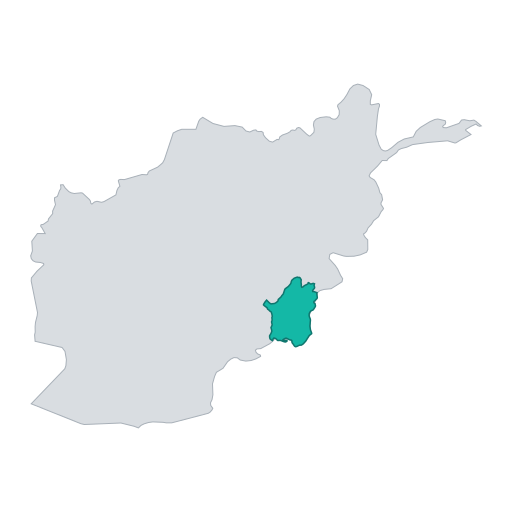 Paktika on a map of Afghanistan (Albers equal-area conic projection)
{"feature_id": "AFG-1759", "entity_name": "Paktika", "entity_type": "Province", "adm_level": 1, "iso_a3": "AFG", "parent_name": "Afghanistan", "parent_adm1": "", "projection": "albers", "projection_center": [68.71, 32.511], "detail": "fine", "context": "in_parent", "style": "filled", "palette": "teal", "viewbox_px": 512, "rotation_deg": 0, "n_neighbors": 0, "source": "natural_earth", "source_scale": "10m", "svg_char_len": 6559}
<svg xmlns="http://www.w3.org/2000/svg" viewBox="0 0 512 512"><path d="M224.0,126.4L234.9,125.6L242.2,127.1L246.0,131.0L249.8,132.0L253.6,130.2L255.9,129.9L256.8,131.1L258.6,131.6L261.5,131.4L263.1,132.5L263.4,134.8L265.5,137.7L269.3,141.2L272.6,142.1L277.1,139.4L278.6,139.7L279.3,138.8L279.8,136.9L282.5,135.0L287.3,133.3L290.1,131.7L291.1,130.4L292.8,130.0L294.5,130.4L295.8,129.9L296.8,128.2L298.5,127.5L300.0,127.9L306.7,134.2L309.3,136.1L310.5,135.7L313.9,132.3L314.3,129.1L313.4,125.0L314.0,121.6L316.2,119.1L320.2,117.5L326.2,116.8L329.8,117.2L331.2,118.4L333.0,119.1L335.3,119.2L337.4,117.7L339.2,114.6L339.3,110.7L337.5,106.2L338.0,104.7L340.9,102.3L344.1,98.8L347.0,94.4L349.9,88.9L353.4,85.5L357.7,84.1L363.0,85.5L369.2,89.5L371.7,94.7L370.3,100.9L370.3,104.3L371.5,104.9L378.5,103.5L379.5,104.4L379.5,106.1L378.5,108.8L377.4,116.2L375.7,134.3L379.0,145.0L381.2,149.2L383.3,150.6L385.4,151.0L387.5,150.5L391.7,147.7L398.0,142.3L404.2,139.0L413.3,136.9L416.2,131.3L420.3,127.5L429.7,121.8L434.8,119.5L437.8,119.0L445.2,120.7L445.7,122.3L445.3,124.1L443.2,125.7L442.6,126.8L443.5,127.6L446.4,127.8L459.0,123.4L461.6,120.0L464.3,119.7L469.8,120.8L473.9,120.1L476.1,121.5L481.3,125.9L479.7,126.3L477.5,125.5L476.1,124.0L471.1,126.3L465.6,129.6L465.7,130.4L471.0,134.5L460.7,139.9L456.0,142.8L454.9,143.0L447.6,140.8L427.7,142.5L412.5,144.6L406.7,147.2L401.2,148.6L398.4,150.0L396.6,152.6L388.3,158.5L386.9,160.6L382.2,160.5L377.5,166.1L370.5,172.9L369.1,175.9L370.2,177.5L374.1,179.8L375.8,182.0L378.7,188.2L379.9,192.7L381.6,194.6L382.6,199.8L381.0,202.9L381.0,204.4L383.5,208.4L382.9,209.7L381.2,211.6L378.5,216.8L373.6,220.7L371.5,224.2L368.0,228.0L366.6,231.2L365.1,232.9L363.5,233.9L364.0,235.5L365.4,237.6L367.7,239.9L367.8,249.5L366.6,252.2L360.2,254.9L354.1,256.2L346.5,256.4L343.7,256.0L333.1,252.7L329.8,254.4L329.1,258.6L335.2,265.4L337.7,269.1L340.6,275.4L342.7,278.7L342.0,281.8L331.1,288.7L324.2,289.4L319.9,290.6L317.8,292.3L316.2,299.5L314.7,302.1L314.7,305.3L313.3,308.8L311.1,311.1L309.5,314.8L310.8,333.8L304.5,341.5L300.9,344.2L297.5,345.5L294.7,345.0L291.2,340.7L288.7,339.0L286.2,339.3L283.7,340.8L279.7,340.3L276.2,338.8L274.5,339.0L273.5,340.5L269.8,343.7L260.7,348.6L257.0,348.9L255.4,350.2L256.0,352.2L257.6,353.9L260.4,355.1L260.6,356.4L255.9,358.9L251.2,360.5L245.8,361.1L240.2,360.0L237.3,357.8L233.9,357.6L230.8,359.1L227.6,361.7L223.0,368.3L216.4,372.3L214.6,376.4L212.5,383.8L212.9,394.8L212.0,399.7L210.5,402.8L210.7,405.4L212.8,408.3L211.9,410.1L210.0,412.2L208.2,413.3L171.9,422.8L166.0,422.8L163.0,422.3L152.8,421.9L148.5,422.5L144.2,423.8L141.0,425.4L138.4,427.9L134.2,426.3L120.9,423.0L84.3,424.5L80.9,423.7L31.2,403.8L64.8,368.8L65.9,365.7L66.4,359.6L65.0,351.4L62.1,347.5L35.1,341.3L34.6,334.9L35.2,332.1L35.1,326.6L35.5,322.4L37.2,315.6L37.5,312.5L31.2,281.0L31.4,277.9L37.0,271.2L43.8,264.8L43.6,263.5L40.5,262.5L35.6,262.0L33.1,260.8L31.3,258.7L30.7,255.8L32.4,251.0L31.8,241.2L37.4,233.5L45.2,233.6L41.7,227.4L40.9,226.7L40.7,225.7L41.1,224.7L43.2,224.4L48.1,221.0L48.5,218.9L52.7,213.6L52.6,211.1L55.5,204.7L54.5,200.2L54.5,197.8L57.4,196.4L59.6,190.4L60.7,188.9L60.9,187.4L60.5,184.9L63.1,184.7L65.2,188.0L68.8,191.6L71.1,192.8L74.2,193.5L81.1,192.8L82.5,193.1L89.3,199.4L90.4,201.0L90.8,203.3L91.9,204.1L94.5,202.0L97.0,201.3L101.5,202.3L104.0,201.6L115.9,194.9L117.0,190.3L118.3,187.7L119.9,186.3L118.3,180.8L119.0,179.8L120.6,179.4L124.4,179.6L142.0,174.5L146.6,174.8L147.6,174.3L148.0,172.7L149.3,171.0L157.7,167.1L162.6,162.9L164.4,159.6L173.2,133.0L177.4,130.8L181.7,129.3L195.9,129.3L198.8,121.1L200.1,119.2L202.7,117.3L213.0,123.5L224.0,126.4Z" fill="#d9dde1" stroke="#a8b0b8" stroke-width="1"/><path d="M311.5,333.7L311.5,333.8L309.9,335.0L309.0,335.9L305.5,341.5L305.0,342.0L304.5,342.3L304.1,343.0L303.1,344.0L301.9,344.8L301.1,345.2L299.9,345.1L298.8,345.5L296.7,346.5L295.4,346.7L294.5,346.1L293.0,343.9L292.2,342.9L292.0,342.3L291.9,340.8L291.6,340.3L291.2,340.1L289.4,339.7L287.5,338.7L286.4,338.2L285.7,338.2L284.9,338.5L283.5,339.3L282.9,339.8L283.0,340.1L283.5,340.4L284.3,340.5L286.2,340.5L286.8,340.5L287.1,340.9L286.7,341.4L286.0,341.8L285.4,342.0L284.2,341.8L280.8,340.5L279.5,340.4L278.3,340.5L277.5,340.4L277.1,340.0L276.8,339.5L276.0,338.8L275.3,338.4L274.4,338.1L273.8,338.1L273.3,338.6L272.6,340.3L272.4,340.6L272.2,340.5L271.0,339.7L270.4,339.3L270.2,339.0L270.0,338.7L269.9,338.3L269.8,338.0L269.7,337.6L269.6,336.8L269.6,336.2L269.6,335.8L269.7,335.5L270.7,334.0L271.3,332.7L271.7,331.6L271.8,331.3L271.8,331.2L271.8,330.9L271.5,329.4L271.0,327.6L271.9,325.6L272.1,324.6L272.1,324.2L272.0,323.9L271.6,322.3L271.6,321.9L271.6,321.6L271.7,321.3L272.0,320.9L272.1,319.4L271.9,317.9L271.9,317.5L272.0,317.1L272.3,316.3L272.3,316.1L272.2,315.8L272.1,315.4L271.9,314.2L271.3,312.2L271.1,311.9L270.9,311.7L270.2,311.4L268.7,309.9L267.7,309.2L267.4,308.8L267.2,307.9L264.2,305.6L263.5,304.9L263.5,304.7L263.6,304.3L265.0,302.0L266.6,300.1L269.3,302.8L270.6,303.7L270.9,303.8L271.2,303.9L271.6,303.8L273.6,303.6L274.4,303.5L275.3,303.1L275.7,302.9L277.0,301.9L277.9,301.0L278.1,300.6L278.2,300.0L278.2,299.6L278.3,299.4L278.6,299.1L279.0,298.8L281.2,296.7L281.6,296.0L281.9,295.5L283.2,294.1L284.7,289.7L284.9,289.2L285.3,288.7L288.3,286.5L290.2,284.3L290.6,283.7L290.9,283.1L291.1,282.5L291.2,281.8L291.6,280.7L291.9,280.2L294.2,278.2L296.6,277.3L297.4,277.1L298.0,277.5L298.3,277.5L298.6,277.5L298.8,277.4L299.0,277.3L299.9,277.7L300.0,277.8L300.2,278.0L300.5,278.6L301.0,279.3L301.1,279.5L301.2,279.8L301.2,280.2L301.0,282.0L301.1,282.8L301.4,285.0L301.3,285.4L301.3,285.7L301.4,286.2L301.6,287.0L301.8,287.3L302.0,287.3L302.6,287.1L303.1,286.8L303.9,286.0L305.2,285.2L306.8,284.5L307.9,283.8L308.2,283.5L308.2,283.4L308.1,283.2L308.1,282.8L308.2,282.7L308.3,282.6L308.5,282.6L308.8,282.7L308.9,282.8L309.0,282.9L309.3,283.1L310.3,283.9L310.9,284.0L311.5,283.9L313.0,283.4L313.5,283.4L313.7,283.5L313.8,283.5L314.5,283.8L314.1,285.2L314.1,285.7L314.3,286.0L314.4,286.4L314.6,287.3L314.6,287.7L314.5,288.1L313.5,289.4L312.6,290.5L312.7,291.5L314.0,291.6L317.0,292.7L316.7,293.3L317.3,297.5L317.0,298.6L316.8,298.8L316.0,299.4L315.2,300.5L314.1,301.3L313.8,301.9L313.9,302.6L314.0,302.9L314.3,303.1L314.5,303.3L314.8,303.4L315.0,303.6L315.1,303.9L315.2,304.6L315.5,305.8L315.4,306.3L315.0,307.1L313.4,309.6L312.8,310.1L311.5,310.6L310.8,311.0L309.8,312.3L309.2,313.7L309.1,315.3L309.4,316.9L310.3,319.1L310.4,319.9L310.4,320.7L310.2,322.4L310.1,324.0L309.9,325.6L309.9,326.4L310.5,330.0L311.6,332.9L311.7,333.4L311.5,333.7Z" fill="#14b8a6" stroke="#0f766e" stroke-width="1.5"/></svg>